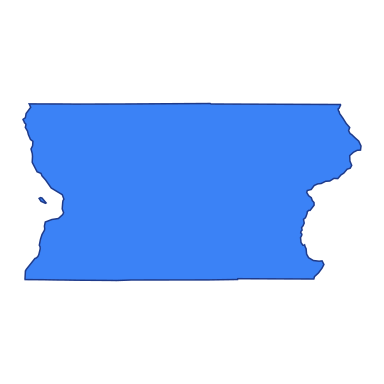 outline of Snohomish, Washington, United States of America
{"feature_id": "52423323B25311373219770", "entity_name": "Snohomish", "entity_type": "district", "adm_level": 2, "iso_a3": "USA", "parent_name": "United States of America", "parent_adm1": "Washington", "projection": "mercator", "projection_center": [-121.691, 48.037], "detail": "fine", "context": "isolated", "style": "filled", "palette": "blue", "viewbox_px": 384, "rotation_deg": 0, "n_neighbors": 0, "source": "geoboundaries", "source_scale": "gbopen_adm2", "svg_char_len": 2003}
<svg xmlns="http://www.w3.org/2000/svg" viewBox="0 0 384 384"><path d="M313.8,279.0L314.5,276.6L318.5,272.9L322.0,268.2L323.9,264.5L322.1,260.9L319.1,261.2L313.3,260.5L308.6,257.7L306.6,254.1L306.1,248.7L305.1,246.7L304.6,244.9L304.2,245.2L302.9,245.3L302.1,244.1L301.0,242.5L300.8,240.2L300.5,237.6L301.6,235.6L301.9,234.6L301.5,233.4L300.7,232.9L301.0,231.3L302.1,230.1L301.6,227.6L303.1,225.7L304.2,223.1L303.5,219.3L305.4,217.8L306.2,216.0L307.1,213.3L307.3,211.7L308.7,210.4L310.1,210.4L311.8,208.2L314.1,205.2L314.0,202.5L312.3,200.6L311.3,197.7L308.6,195.7L306.7,192.4L307.3,190.5L311.2,189.5L314.2,185.5L317.7,183.9L321.2,183.5L325.6,181.3L329.8,181.0L333.9,178.4L337.8,178.6L341.0,174.9L343.8,173.1L347.1,169.2L350.2,168.2L351.7,165.4L349.9,161.0L349.7,155.6L353.5,152.2L357.2,150.3L360.5,150.1L361.0,146.0L358.7,141.1L354.8,137.6L351.7,134.6L350.1,133.6L348.6,130.7L349.7,127.5L346.2,123.5L342.9,118.2L339.6,113.6L339.2,111.8L338.5,110.8L338.1,109.0L339.1,108.2L340.6,105.0L340.4,104.5L211.0,104.0L210.2,103.5L122.3,104.0L115.6,104.0L73.5,104.1L69.2,104.0L29.2,103.9L29.5,104.5L30.7,107.3L26.1,113.5L25.4,117.7L23.0,119.4L23.6,120.8L24.1,121.4L24.4,122.7L25.7,123.9L25.9,124.4L25.7,125.9L25.3,127.4L27.5,131.1L28.4,134.7L30.5,139.5L32.9,141.3L32.6,145.8L31.0,149.0L32.3,153.6L32.5,156.5L32.2,162.2L32.5,162.9L32.6,163.1L37.1,171.8L41.0,173.4L42.0,175.9L45.6,180.0L51.2,188.0L62.3,194.7L63.9,199.2L63.0,200.6L62.7,202.4L62.2,208.9L63.6,212.7L62.7,214.6L58.4,218.5L51.9,219.5L47.9,221.0L45.3,222.0L44.4,226.1L44.7,228.7L44.5,230.1L42.0,234.5L40.5,239.2L39.3,245.2L40.1,246.8L40.2,248.8L39.4,252.2L38.8,254.6L37.9,256.5L36.4,257.9L34.9,258.5L26.1,269.6L25.5,271.1L25.4,271.1L25.0,279.0L25.1,279.6L40.7,279.7L42.9,279.7L47.5,279.8L53.5,279.9L59.7,280.0L63.3,280.0L77.0,280.2L109.4,280.4L116.6,280.5L131.0,280.0L208.6,279.9L237.6,279.5L237.8,278.7L313.8,279.0ZM40.5,197.6L39.1,198.4L41.0,201.3L45.4,203.3L46.1,202.9L42.0,198.0L40.5,197.6Z" fill="#3b82f6" stroke="#1e3a8a" stroke-width="1.5"/></svg>